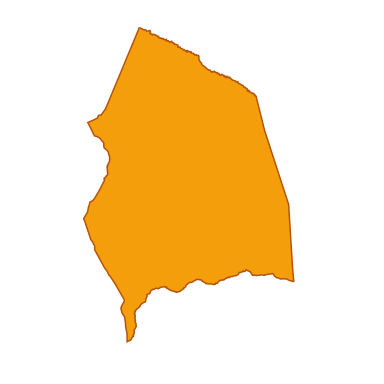 Chadiza, Eastern, Zambia (Albers equal-area conic projection), rotated 277°
{"feature_id": "96606910B44569696961001", "entity_name": "Chadiza", "entity_type": "district", "adm_level": 2, "iso_a3": "ZMB", "parent_name": "Zambia", "parent_adm1": "Eastern", "projection": "albers", "projection_center": [32.572, -14.108], "detail": "fine", "context": "isolated", "style": "filled", "palette": "amber", "viewbox_px": 384, "rotation_deg": 277, "n_neighbors": 0, "source": "geoboundaries", "source_scale": "gbopen_adm2", "svg_char_len": 6011}
<svg xmlns="http://www.w3.org/2000/svg" viewBox="0 0 384 384"><g transform="rotate(277 192 192)"><path d="M348.4,119.6L264.1,96.1L257.3,92.4L257.3,91.9L256.6,89.9L255.8,89.5L254.6,89.6L254.0,89.2L251.8,86.1L248.3,80.1L235.8,88.4L235.4,91.1L234.5,93.4L230.2,98.2L229.2,98.6L226.3,98.9L225.0,99.6L223.0,102.5L221.6,103.9L217.9,105.5L216.0,106.1L212.7,106.4L211.6,106.0L211.0,106.0L210.2,105.4L209.2,105.3L208.4,105.4L208.3,105.1L208.0,105.1L207.7,104.7L206.7,104.9L206.5,104.6L205.9,104.9L205.6,104.8L205.3,105.0L204.4,105.1L204.3,105.3L203.0,105.3L202.1,105.9L201.8,105.7L201.0,105.9L200.8,105.8L200.5,106.1L199.9,106.2L198.0,105.6L197.6,105.0L197.0,105.0L196.9,104.7L196.1,104.3L195.3,103.5L194.8,103.4L194.7,103.1L194.0,103.2L193.2,103.8L183.4,100.2L173.9,96.2L172.8,95.6L170.8,93.8L169.6,92.0L166.0,91.5L164.0,91.0L159.4,90.8L152.4,87.7L149.9,89.1L132.0,97.6L131.6,98.4L126.7,101.9L122.9,102.4L106.1,114.4L103.0,117.4L99.4,119.6L98.8,120.7L91.1,127.2L77.2,137.6L75.9,138.0L75.1,138.0L70.2,136.0L67.9,135.6L63.4,137.3L62.2,138.2L60.5,139.9L59.1,140.5L52.4,142.3L50.7,142.4L43.7,144.7L35.5,145.9L36.3,146.7L36.4,147.3L37.0,147.9L37.2,148.6L37.9,149.5L39.8,150.0L41.1,151.1L41.5,151.0L41.6,151.3L42.1,151.3L42.1,151.0L43.0,151.6L43.6,151.2L44.3,151.5L44.5,151.8L47.0,151.7L47.9,151.4L49.9,152.4L52.0,153.0L54.7,152.4L56.6,151.2L57.6,151.5L59.1,151.1L60.5,150.4L60.8,150.5L60.7,150.7L61.7,150.9L63.0,150.5L63.6,149.7L64.0,149.8L64.2,150.1L64.6,149.9L65.0,150.0L65.2,149.8L65.8,150.1L66.5,149.8L67.0,150.5L67.6,150.4L68.2,150.9L68.9,151.3L69.4,151.9L71.9,154.1L72.4,154.1L72.7,154.6L73.3,154.5L74.3,155.1L74.9,155.8L75.4,156.0L75.5,156.5L76.4,157.2L76.9,158.7L77.4,159.1L78.6,159.3L78.7,159.2L80.0,159.1L80.2,159.3L83.3,160.2L84.4,159.7L85.1,160.2L85.9,162.3L86.3,162.3L87.1,162.9L88.8,163.0L89.6,163.9L89.7,164.2L90.0,164.3L90.8,165.0L90.7,166.2L91.7,167.3L92.2,168.5L91.9,169.9L92.0,170.7L92.7,171.3L94.0,173.3L94.1,174.1L94.0,174.6L94.6,175.3L94.8,176.0L94.3,176.7L94.3,177.8L94.6,177.9L94.6,178.3L93.5,178.9L93.3,178.8L92.8,180.9L92.2,181.3L91.8,183.2L91.4,183.8L91.6,184.6L91.0,186.9L91.1,187.4L90.5,188.6L90.8,189.3L90.9,189.9L91.3,190.4L91.7,191.9L94.3,194.7L95.0,195.2L95.1,195.6L95.8,195.5L96.2,196.2L97.2,197.3L98.0,197.3L99.3,197.8L99.7,198.5L100.8,199.3L101.9,200.7L102.0,201.7L102.8,203.6L104.1,204.7L104.4,205.6L105.0,206.3L105.1,206.6L105.8,207.0L105.9,207.3L105.7,207.9L106.1,209.5L105.7,210.5L106.0,211.8L105.4,212.4L105.3,212.8L104.9,212.9L104.0,214.6L103.9,215.4L102.7,217.0L102.9,218.0L102.7,219.2L102.9,220.6L103.2,221.3L103.0,222.1L103.1,222.6L102.9,223.6L102.9,225.6L103.2,226.2L103.6,226.1L104.7,226.8L104.2,227.7L104.4,228.1L104.9,228.6L106.0,229.0L106.4,229.5L106.8,229.5L107.2,230.3L107.7,230.5L107.7,231.0L108.0,231.2L108.1,232.5L108.8,233.7L108.6,234.1L108.9,234.7L110.0,235.7L110.3,236.4L111.2,237.0L111.0,237.5L112.0,238.9L111.9,239.2L112.1,239.1L112.7,240.6L113.0,242.3L114.1,244.2L114.0,244.9L114.3,246.0L115.8,247.8L116.7,248.4L117.5,248.4L117.8,248.6L118.2,249.9L118.2,250.5L118.6,250.8L118.8,251.6L119.3,252.2L119.9,252.4L119.5,253.0L119.4,253.6L120.2,254.7L121.5,255.2L120.9,256.2L120.9,256.7L120.6,257.0L120.6,257.6L120.0,259.0L119.8,259.8L117.9,261.0L117.3,262.0L116.8,262.2L116.7,262.5L117.1,264.4L116.9,266.3L117.5,268.2L117.4,269.0L118.3,270.5L118.0,274.0L118.6,274.6L119.6,277.6L120.2,278.2L120.1,279.8L120.8,281.9L120.4,283.0L119.9,283.0L118.8,283.9L117.7,285.5L117.3,286.5L117.3,287.5L116.4,290.9L117.1,292.8L116.9,293.8L117.3,296.1L116.1,299.3L115.9,301.6L115.5,302.9L115.7,303.9L128.7,301.1L191.5,289.4L261.8,256.6L294.6,244.0L295.4,243.5L295.5,243.2L295.3,243.1L295.3,242.4L296.6,242.2L297.1,241.0L297.4,240.8L297.5,240.0L297.1,239.9L297.0,239.6L297.7,239.0L298.1,237.8L298.8,237.1L298.9,236.7L298.6,236.5L298.6,236.2L299.3,236.5L299.7,236.2L299.8,235.8L299.5,235.2L299.7,234.8L299.3,234.8L299.1,234.5L299.2,234.4L300.6,234.5L301.0,234.3L301.9,232.6L302.0,231.8L302.6,231.5L302.3,230.9L303.9,229.6L304.2,228.9L304.3,227.9L305.1,226.6L305.2,225.5L305.5,224.9L306.3,224.3L306.8,224.4L306.8,223.6L306.5,223.2L306.5,222.9L306.9,222.2L307.4,221.9L307.6,221.2L307.9,219.3L307.8,218.9L308.2,218.5L308.3,218.0L309.5,216.5L309.7,215.7L310.2,215.7L310.1,215.3L310.3,215.2L310.2,214.7L310.5,214.6L310.5,214.3L310.3,214.3L310.0,213.7L309.8,212.4L310.2,212.1L310.9,212.4L310.7,211.7L310.9,211.3L310.4,211.2L310.2,210.1L310.4,209.8L311.1,210.0L311.1,209.6L311.7,209.3L312.0,207.6L312.4,207.3L312.1,206.6L311.3,206.4L311.2,205.9L311.5,205.0L312.1,204.9L313.0,204.2L313.0,203.8L312.6,203.3L312.6,202.9L313.1,202.3L313.6,202.3L313.5,200.9L314.6,199.4L314.5,199.1L313.9,199.0L314.1,198.3L313.4,197.1L313.7,196.8L313.9,196.0L314.2,196.0L315.1,195.3L315.2,193.4L316.9,190.6L317.9,189.4L318.0,189.0L318.9,187.7L319.1,186.7L320.0,186.0L321.2,185.8L321.5,185.4L321.9,184.4L322.7,184.0L324.4,182.7L327.2,182.4L327.6,182.1L328.1,182.0L328.4,181.6L328.1,180.7L328.8,179.5L328.4,179.2L328.4,177.8L329.1,177.5L329.2,176.6L329.9,176.1L329.7,175.0L329.9,174.3L330.1,174.0L330.7,174.1L331.1,173.9L331.1,173.5L330.7,173.1L331.0,172.7L331.2,171.4L331.8,170.0L331.7,169.6L331.4,170.0L330.5,170.2L330.6,169.2L331.7,167.5L332.3,166.9L332.2,166.7L331.9,166.9L331.7,166.6L333.2,164.7L333.1,163.9L333.4,163.0L333.9,162.5L334.4,162.4L334.1,160.3L335.0,160.1L335.8,160.3L336.0,160.1L336.6,158.5L336.6,157.3L336.4,156.8L336.4,156.4L337.5,156.1L337.8,155.5L337.8,154.4L339.1,153.5L338.3,152.5L338.0,152.3L337.8,151.9L338.0,151.5L338.6,151.0L338.6,150.5L339.3,149.9L339.3,149.5L338.8,148.7L338.9,148.2L339.2,147.9L340.2,147.9L339.8,147.3L340.1,146.7L339.9,145.2L340.8,144.9L340.4,143.3L340.6,142.9L341.0,142.9L341.1,142.4L340.8,140.8L341.4,139.8L342.4,140.0L342.6,138.1L343.2,137.7L343.3,136.9L343.7,136.1L343.6,135.6L343.9,134.2L343.2,133.9L343.0,133.6L343.8,132.5L343.8,131.4L344.7,130.9L345.1,131.4L345.6,131.4L347.2,130.5L346.5,129.1L346.0,127.6L346.4,127.2L347.0,126.9L347.3,125.2L346.9,124.6L348.0,122.2L348.1,121.3L348.5,121.0L348.4,119.6Z" fill="#f59e0b" stroke="#b45309" stroke-width="1.5"/></g></svg>